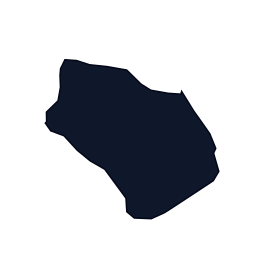 the district of Surahammar, Västmanland, Sweden, rotated 325°
{"feature_id": "70781695B32854023437758", "entity_name": "Surahammar", "entity_type": "district", "adm_level": 2, "iso_a3": "SWE", "parent_name": "Sweden", "parent_adm1": "Västmanland", "projection": "albers", "projection_center": [16.134, 59.804], "detail": "fine", "context": "isolated", "style": "filled", "palette": "ink", "viewbox_px": 256, "rotation_deg": 325, "n_neighbors": 0, "source": "geoboundaries", "source_scale": "gbopen_adm2", "svg_char_len": 596}
<svg xmlns="http://www.w3.org/2000/svg" viewBox="0 0 256 256"><g transform="rotate(325 128 128)"><path d="M63.1,76.6L63.1,86.0L71.1,97.6L73.7,117.2L78.2,133.3L85.3,148.5L86.1,184.3L79.0,195.9L81.5,205.3L95.0,215.6L109.4,218.3L119.4,218.7L136.2,219.2L167.6,220.1L177.5,215.6L181.1,205.1L183.7,197.7L188.2,195.0L191.7,179.7L191.7,168.1L191.6,152.0L192.9,128.8L190.7,130.6L180.8,122.6L168.3,110.1L163.8,99.4L160.2,79.8L146.0,65.6L132.6,54.0L124.6,43.3L115.5,35.9L106.8,40.7L102.4,46.0L96.1,55.8L86.3,65.6L70.3,68.2L64.9,76.2L63.1,76.6Z" fill="#0f172a" stroke="#020617" stroke-width="1.5"/></g></svg>